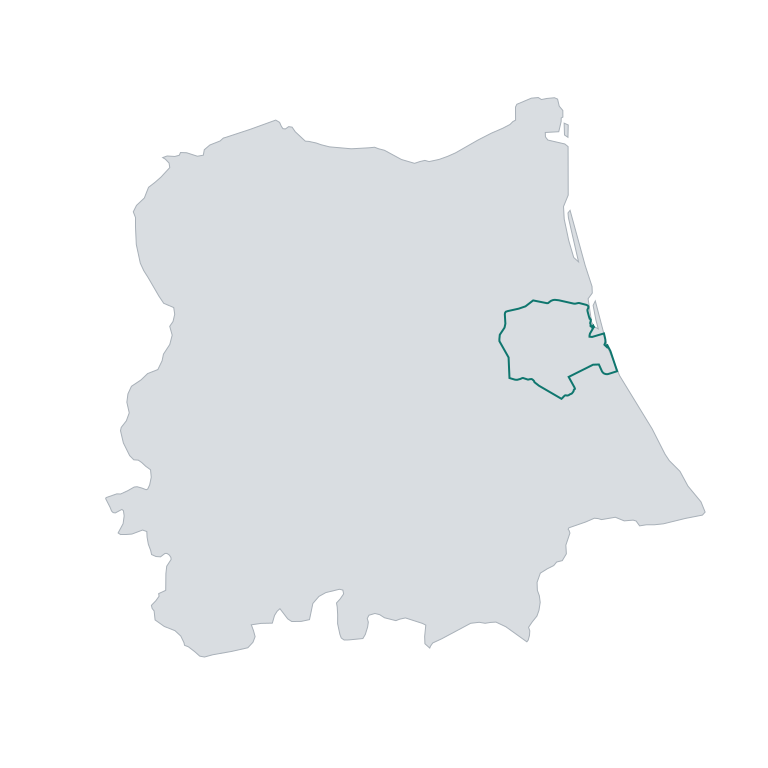 location of Sud-Bandama within Ivory Coast, rotated 260°
{"feature_id": "CIV-3447", "entity_name": "Sud-Bandama", "entity_type": "Department", "adm_level": 1, "iso_a3": "CIV", "parent_name": "Ivory Coast", "parent_adm1": "", "projection": "mercator", "projection_center": [-5.503, 5.631], "detail": "fine", "context": "in_parent", "style": "outline", "palette": "teal", "viewbox_px": 768, "rotation_deg": 260, "n_neighbors": 0, "source": "natural_earth", "source_scale": "10m", "svg_char_len": 5357}
<svg xmlns="http://www.w3.org/2000/svg" viewBox="0 0 768 768"><g transform="rotate(260 384 384)"><path d="M161.3,142.2L164.0,142.1L171.1,140.1L177.4,135.3L183.4,125.5L191.4,117.6L200.5,118.2L203.2,116.7L206.4,116.5L210.1,121.6L214.0,125.6L216.7,125.7L218.7,133.2L235.2,136.3L242.3,138.4L248.2,143.9L250.3,144.0L252.8,142.9L254.8,140.9L255.2,138.9L252.6,133.9L253.7,129.5L256.4,125.5L260.7,125.3L267.1,124.1L274.4,124.1L279.9,124.8L282.1,120.9L280.0,109.7L280.6,103.6L281.5,98.4L283.5,96.3L291.7,102.8L299.2,105.2L304.5,105.4L306.0,104.1L303.7,97.0L304.4,94.9L306.3,93.6L309.9,92.9L319.4,90.0L320.4,90.6L322.2,101.8L321.4,105.5L323.4,113.1L325.9,120.1L325.7,123.0L323.6,127.4L321.2,131.4L321.5,133.0L325.3,135.7L332.6,138.6L340.1,139.2L344.3,135.1L348.7,131.8L351.7,128.8L352.8,124.4L357.6,121.1L371.2,117.1L383.8,116.4L386.9,117.7L392.5,123.9L399.8,128.1L410.7,127.6L418.7,130.1L425.6,134.9L430.2,145.4L435.3,153.0L437.5,163.8L445.4,169.5L451.7,172.0L460.1,179.9L468.9,183.9L478.0,183.0L482.2,187.1L489.0,190.0L495.8,190.2L501.7,181.1L509.6,177.6L529.5,170.3L537.3,167.1L545.3,165.0L564.4,164.3L582.2,166.6L591.1,168.2L597.1,167.0L602.9,171.3L608.8,180.3L613.6,183.2L618.6,186.3L622.3,193.4L626.6,200.5L629.0,203.6L634.3,210.6L638.9,210.7L643.4,207.7L645.4,205.4L646.2,210.0L644.4,217.5L644.8,222.1L647.3,223.8L646.0,229.8L640.7,239.8L640.7,245.8L645.9,247.7L649.6,254.0L651.8,264.8L654.1,268.5L654.3,270.7L658.1,296.9L662.7,323.2L659.8,326.6L655.7,327.6L653.0,328.8L652.3,331.2L654.0,334.8L652.9,338.1L647.8,340.4L636.8,348.7L636.0,352.0L633.1,359.1L630.6,363.5L627.0,371.5L621.3,392.7L619.2,410.3L618.8,415.8L616.6,419.5L614.1,425.0L602.1,440.1L596.0,452.4L596.8,457.7L597.1,463.1L595.2,467.0L595.6,477.4L597.1,486.1L599.2,494.6L607.9,518.8L612.4,533.4L615.2,545.2L617.7,553.2L620.0,556.4L621.0,559.4L633.9,561.6L636.4,563.4L639.9,578.8L639.3,585.7L636.8,588.4L636.9,594.2L636.3,601.6L634.4,604.4L627.2,604.8L622.3,607.6L615.8,606.5L615.2,604.7L611.7,604.0L602.1,599.9L603.7,586.5L599.3,585.9L595.8,587.7L589.0,603.7L585.8,606.5L538.0,598.2L527.6,591.6L515.1,590.1L493.5,590.8L475.6,592.8L470.5,596.8L515.6,594.5L520.5,594.9L522.7,597.4L465.7,602.7L443.9,605.8L437.4,604.9L432.5,599.8L408.9,599.2L404.0,600.9L401.1,604.6L410.4,603.8L425.1,603.6L429.1,606.5L383.1,610.3L351.2,617.5L337.7,622.8L293.2,640.3L266.0,648.6L258.9,651.7L246.6,660.3L230.7,665.6L212.9,675.7L202.1,678.0L199.6,674.8L199.3,657.7L197.8,634.9L198.4,626.1L199.8,617.9L199.9,611.1L205.3,608.5L206.7,605.7L207.5,596.8L212.6,588.7L212.7,574.6L214.2,571.7L215.3,567.9L213.1,558.7L210.3,541.2L209.0,540.1L207.7,540.8L204.9,541.2L193.7,535.1L185.1,534.1L179.1,528.9L178.7,523.1L175.7,519.6L173.7,512.8L170.6,505.1L162.1,500.3L154.2,499.2L148.5,500.2L141.8,499.9L134.2,497.3L128.9,494.3L124.0,488.7L119.3,484.1L115.6,484.7L111.1,483.6L106.7,481.5L105.3,479.9L123.8,461.8L130.1,452.9L130.7,447.5L130.8,442.0L132.8,436.4L133.3,427.8L123.1,396.7L120.5,387.0L117.7,384.2L116.0,383.2L121.1,379.2L128.3,380.2L139.3,383.3L141.6,380.2L149.9,364.5L149.7,358.7L148.9,354.6L153.7,343.9L157.6,339.7L159.6,335.2L158.9,329.0L156.0,326.8L152.2,327.2L147.6,325.7L140.6,322.1L137.0,319.0L138.1,304.8L138.8,300.3L141.3,297.8L145.1,297.1L156.0,296.7L164.7,298.3L172.5,299.2L176.6,299.2L179.9,303.5L184.3,307.8L188.2,307.7L189.6,304.5L188.7,290.5L186.1,283.0L180.2,275.8L164.9,269.7L164.6,261.2L166.1,251.9L169.4,248.4L180.8,242.5L178.8,239.3L175.1,236.0L167.9,232.5L169.6,221.4L169.9,211.5L163.9,212.6L157.6,213.2L152.4,210.1L147.9,204.1L147.1,187.5L147.1,168.3L146.3,159.8L148.0,155.3L153.3,151.1L159.2,145.7L161.3,142.2ZM609.6,606.7L607.1,610.4L595.0,608.0L597.9,605.0L609.6,606.7Z" fill="#d9dde1" stroke="#a8b0b8" stroke-width="1"/><path d="M395.6,609.4L389.4,609.7L386.7,609.3L384.4,607.9L381.8,609.8L383.7,610.4L384.4,610.4L377.1,612.7L356.9,615.7L356.2,615.9L356.1,615.7L354.9,606.6L354.9,605.5L355.3,604.0L355.7,603.3L356.0,602.7L356.9,601.8L357.7,601.3L358.5,600.9L365.9,599.0L366.7,593.2L358.9,567.1L347.5,571.0L346.1,571.2L345.8,570.9L345.6,570.4L345.2,569.9L344.2,569.5L343.7,569.2L343.4,568.9L343.0,568.4L342.4,567.8L342.1,567.4L341.9,567.0L341.5,565.2L341.3,564.7L341.1,564.4L340.9,563.9L340.8,562.9L340.8,562.4L340.9,562.0L341.1,561.6L341.3,561.1L341.3,560.2L340.4,558.7L340.0,558.3L339.7,557.8L339.2,557.2L338.6,556.2L355.4,536.3L359.6,532.5L360.4,532.4L361.2,532.1L362.4,531.2L363.0,530.6L363.3,530.0L363.4,528.3L363.3,526.6L365.8,521.9L365.8,521.1L365.3,519.1L365.0,515.8L365.5,513.8L368.1,508.6L388.5,511.3L406.1,505.1L408.1,505.4L412.4,506.6L418.6,512.5L422.3,514.0L431.7,515.1L433.1,515.6L434.0,516.5L434.3,518.4L434.8,529.7L435.9,536.8L440.4,545.4L435.3,558.5L435.2,559.3L435.2,559.7L435.4,560.1L435.9,560.9L436.7,562.5L436.9,563.0L437.3,564.9L437.3,566.1L437.1,567.3L436.1,570.7L430.3,584.6L430.0,585.6L429.9,586.3L429.9,586.9L430.0,589.1L430.0,589.6L429.9,590.2L426.7,597.2L426.2,597.8L425.9,598.2L425.5,598.5L425.0,598.7L424.3,598.6L423.3,598.3L422.0,597.3L421.1,597.1L419.9,597.1L414.2,597.6L413.3,598.0L413.2,597.8L412.6,597.8L411.6,598.8L409.9,598.4L408.2,597.6L406.8,597.8L406.3,597.8L405.3,597.4L404.8,597.7L404.7,598.6L405.1,599.7L404.8,599.6L403.8,599.1L403.8,600.1L403.8,600.4L404.5,600.1L404.7,600.4L405.0,601.0L404.9,600.9L403.6,600.3L402.6,599.6L397.9,595.6L397.0,595.2L396.0,594.8L394.9,594.6L394.2,597.1L395.6,609.4Z" fill="none" stroke="#0f766e" stroke-width="2"/></g></svg>